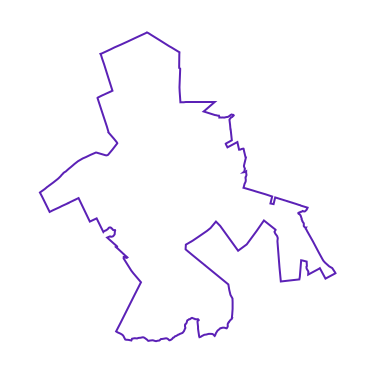 outline of Botoroaga, Teleorman, Romania, rotated 276°
{"feature_id": "2599482B64506943776635", "entity_name": "Botoroaga", "entity_type": "district", "adm_level": 2, "iso_a3": "ROU", "parent_name": "Romania", "parent_adm1": "Teleorman", "projection": "orthographic", "projection_center": [25.528, 44.138], "detail": "fine", "context": "isolated", "style": "outline", "palette": "violet", "viewbox_px": 384, "rotation_deg": 276, "n_neighbors": 0, "source": "geoboundaries", "source_scale": "gbopen_adm2", "svg_char_len": 5909}
<svg xmlns="http://www.w3.org/2000/svg" viewBox="0 0 384 384"><g transform="rotate(276 192 192)"><path d="M70.6,245.0L70.6,244.8L74.3,244.8L79.9,244.6L86.7,243.9L90.3,243.4L93.7,241.0L98.5,239.3L103.9,237.8L129.6,198.6L133.6,192.6L134.4,191.6L139.0,191.4L143.6,197.7L147.8,202.7L154.9,211.0L158.1,214.2L165.1,218.9L161.2,223.6L138.4,244.0L145.6,251.9L160.1,260.4L171.2,266.5L163.3,278.9L163.1,279.1L161.0,278.2L159.3,279.2L157.0,281.3L155.1,282.1L152.0,282.1L126.6,286.8L112.3,289.7L116.3,307.9L119.0,308.1L135.5,307.7L135.4,309.2L134.8,313.3L130.3,314.0L129.5,313.6L127.8,314.0L125.1,316.0L122.0,316.2L128.9,326.3L129.6,327.1L119.8,333.8L126.2,343.2L126.6,343.0L131.0,339.4L132.4,336.2L135.6,331.8L137.1,330.1L138.2,329.2L145.1,324.4L155.4,317.5L165.8,310.1L166.8,309.6L167.2,309.0L167.8,308.8L168.5,309.1L168.4,308.6L168.7,307.9L169.3,307.2L169.9,306.7L171.5,306.6L172.6,306.4L173.4,305.6L174.0,305.2L174.4,304.8L174.8,304.8L175.5,304.4L176.1,303.9L177.0,303.9L177.7,303.5L179.7,302.6L180.4,302.1L180.9,301.5L181.2,301.3L181.3,301.1L181.3,300.8L181.4,300.4L181.8,300.0L182.2,299.9L182.5,300.2L182.6,300.4L183.1,301.2L183.2,301.5L183.6,302.1L183.8,303.1L184.2,303.5L184.7,303.9L184.6,304.5L184.3,305.5L184.6,306.4L184.9,306.7L186.4,307.9L187.0,308.0L187.4,308.3L188.5,308.6L189.0,306.0L189.8,301.8L190.2,300.9L190.3,299.9L191.1,296.3L195.3,275.3L188.5,274.4L188.8,271.2L195.9,272.2L197.1,266.7L197.5,264.8L199.2,255.6L199.8,252.7L201.6,242.8L202.0,242.9L205.5,243.4L206.2,243.6L206.5,243.8L207.5,244.1L208.5,244.3L210.4,244.1L211.3,243.8L212.2,243.7L212.3,243.9L214.6,244.4L215.4,244.2L217.0,243.8L218.2,243.7L217.8,243.2L217.3,242.2L217.0,241.1L217.5,241.6L217.9,241.9L219.5,242.0L220.4,242.2L220.7,242.2L221.2,241.9L222.9,241.0L223.5,240.9L231.9,242.0L231.9,241.7L232.1,241.6L233.3,241.2L238.4,239.4L239.2,239.2L239.8,238.9L240.4,238.8L240.5,238.7L240.5,238.4L239.9,236.7L239.3,235.8L239.0,234.4L246.4,231.9L240.1,222.6L243.2,220.6L243.6,220.5L244.7,222.0L245.4,223.1L247.6,226.2L258.3,223.9L258.3,223.7L263.0,222.8L267.7,221.7L268.2,221.8L269.4,222.6L270.1,222.8L270.8,224.1L272.5,225.5L272.7,225.4L273.0,225.1L272.8,224.4L273.2,223.6L273.2,223.2L272.6,222.3L271.4,221.1L270.5,219.9L270.3,219.3L270.1,218.3L269.4,216.4L269.3,214.5L269.1,213.4L269.1,212.6L268.9,211.4L269.6,211.3L270.7,210.8L270.6,209.8L270.9,207.9L270.9,206.9L273.3,195.2L283.9,205.2L280.9,176.6L280.4,174.5L280.0,171.1L290.8,169.2L294.8,168.6L313.1,167.4L313.5,167.3L313.9,166.4L314.6,166.2L327.6,165.0L329.7,164.9L330.1,163.9L333.6,156.5L334.6,154.1L339.4,144.4L344.1,134.7L345.4,132.1L346.0,130.5L345.8,130.3L345.3,129.6L339.7,120.2L335.1,112.6L331.2,106.0L327.7,99.8L325.4,96.2L322.8,91.9L320.3,87.7L319.8,86.5L318.5,87.3L315.0,88.8L309.9,91.2L298.8,96.0L284.4,102.3L278.5,92.3L276.0,88.4L275.8,88.2L275.6,88.2L263.5,93.6L248.2,100.5L242.6,102.8L242.5,102.7L242.2,103.0L241.1,104.2L236.7,108.9L234.3,111.3L233.1,112.4L232.6,112.6L225.8,108.4L220.3,104.7L219.9,104.2L219.5,103.2L219.5,102.8L219.5,102.3L221.1,93.5L221.2,92.9L221.2,92.3L218.4,87.3L215.6,82.8L214.0,79.9L210.7,75.4L207.6,72.2L206.1,70.8L204.2,69.0L202.1,66.9L199.1,64.2L198.8,63.8L198.4,63.1L198.1,62.9L197.6,62.3L197.1,61.9L196.7,61.7L195.1,60.4L194.1,59.8L191.9,58.0L191.0,57.2L186.9,53.0L181.9,47.5L179.6,45.3L175.6,40.8L171.4,43.6L157.3,52.5L159.3,55.6L162.9,61.7L164.6,64.3L167.9,70.0L168.0,69.9L174.1,79.8L151.9,93.5L153.0,95.3L155.8,99.9L147.4,105.2L143.0,108.0L143.5,108.3L143.7,108.7L144.6,109.8L144.7,110.3L145.3,110.9L145.7,111.5L146.3,112.1L147.7,113.0L147.9,113.3L148.1,113.8L148.2,114.1L148.2,114.6L148.0,115.2L147.8,115.6L147.3,115.8L147.0,116.6L146.3,117.1L146.1,117.3L146.0,117.6L145.9,118.3L146.1,119.4L146.0,119.5L145.7,119.6L144.4,119.4L141.9,119.5L141.6,119.4L140.2,118.5L139.9,118.3L139.5,117.7L139.1,116.6L139.0,115.9L139.3,115.2L139.2,114.9L137.8,112.4L136.2,114.6L131.8,120.7L131.8,120.8L130.1,123.1L129.9,123.2L129.3,122.1L127.8,124.3L122.2,131.7L120.2,134.6L119.8,134.2L119.6,133.5L119.7,133.2L119.9,133.1L119.9,132.8L120.3,132.0L120.2,131.1L120.2,130.9L118.9,130.9L118.2,131.4L107.5,139.8L105.0,142.2L96.9,150.7L83.6,145.6L54.1,134.5L45.4,131.1L44.7,132.5L43.6,135.8L42.8,137.5L42.3,138.2L41.7,138.8L38.5,140.9L38.3,141.1L38.2,142.0L38.3,144.1L38.0,147.2L39.8,147.7L40.2,148.9L40.6,150.4L40.6,152.4L40.7,152.9L41.1,153.6L41.4,154.5L41.6,155.8L42.3,158.0L42.4,158.4L42.3,159.3L41.8,160.4L40.4,162.8L39.5,163.8L39.4,164.2L39.5,164.8L39.8,165.4L40.4,168.2L40.4,168.8L40.0,170.8L39.9,171.6L39.9,171.9L40.5,173.4L40.8,174.7L40.9,175.1L42.3,176.3L42.6,176.6L42.6,176.8L42.7,177.6L43.0,178.7L43.7,181.1L43.8,182.1L43.7,182.5L43.2,183.6L42.2,184.9L42.2,185.4L42.9,186.6L43.9,187.7L44.3,187.9L45.1,188.4L45.2,188.8L45.6,189.3L46.7,190.2L47.2,191.3L48.3,192.8L48.7,193.2L48.8,193.7L49.7,194.9L49.9,195.5L50.3,196.1L50.8,197.2L50.9,197.3L52.7,198.5L53.7,198.8L54.5,199.1L55.1,199.2L55.9,199.6L56.7,199.5L57.1,199.2L58.2,199.0L59.5,199.0L59.6,199.3L61.3,200.3L62.0,200.4L62.9,200.6L63.4,200.6L63.7,200.7L64.0,200.9L64.6,201.9L65.2,202.4L65.2,202.6L65.2,203.0L65.3,203.3L65.8,203.7L66.1,204.0L66.2,204.3L66.6,204.7L66.8,205.1L66.8,205.4L66.6,206.1L66.3,206.8L66.3,207.2L66.2,207.5L66.1,208.1L65.9,208.4L65.8,208.5L65.9,209.1L65.9,209.6L65.9,211.0L66.1,211.2L65.3,212.1L65.1,212.0L64.5,211.3L64.2,211.1L63.7,211.0L63.1,211.1L58.6,212.1L56.7,212.3L55.0,212.7L49.2,214.2L48.4,214.6L48.6,215.0L48.7,215.4L48.9,215.8L49.8,216.9L51.3,219.2L51.7,221.0L52.7,223.6L52.9,225.6L52.9,227.2L52.8,227.5L52.3,228.3L51.4,229.3L51.2,229.6L52.5,230.2L53.7,230.4L54.2,230.6L54.7,230.9L55.4,231.2L56.3,231.6L57.0,232.1L58.9,234.0L59.5,234.4L59.7,235.4L59.9,235.6L59.9,235.9L60.2,236.4L60.4,237.4L60.4,237.9L60.4,238.6L60.0,240.5L60.1,240.8L60.3,240.9L61.6,241.5L62.2,241.6L64.2,241.3L65.1,241.5L65.4,241.6L65.8,242.0L66.4,242.1L66.6,242.2L66.7,242.5L67.1,242.6L67.4,242.8L68.4,243.4L69.2,244.0L69.6,244.6L70.6,245.0Z" fill="none" stroke="#5b21b6" stroke-width="2"/></g></svg>